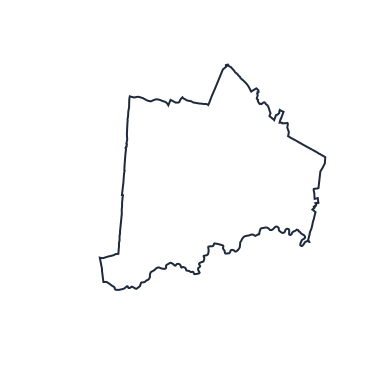 the district of Costuleni, Iasi, Romania, rotated 141°
{"feature_id": "2599482B11377043097002", "entity_name": "Costuleni", "entity_type": "district", "adm_level": 2, "iso_a3": "ROU", "parent_name": "Romania", "parent_adm1": "Iasi", "projection": "albers", "projection_center": [27.868, 47.006], "detail": "fine", "context": "isolated", "style": "outline", "palette": "slate", "viewbox_px": 384, "rotation_deg": 141, "n_neighbors": 0, "source": "geoboundaries", "source_scale": "gbopen_adm2", "svg_char_len": 5973}
<svg xmlns="http://www.w3.org/2000/svg" viewBox="0 0 384 384"><g transform="rotate(141 192 192)"><path d="M317.5,177.8L315.1,176.0L314.6,174.8L313.6,171.5L313.4,170.2L312.4,167.6L312.3,167.0L312.3,166.4L312.9,165.3L313.0,165.0L313.0,164.6L312.6,163.9L312.1,163.3L310.5,162.0L307.2,160.3L305.7,159.8L304.7,159.6L301.9,159.7L301.7,159.6L301.4,159.0L301.7,158.1L301.7,157.5L301.6,157.2L301.0,156.7L300.4,156.5L299.4,156.4L298.6,156.5L298.3,156.3L297.7,155.2L296.7,152.5L296.3,151.9L295.8,151.7L291.5,151.6L290.4,152.6L289.7,152.8L288.8,153.5L288.6,153.5L288.1,153.4L286.1,152.1L285.2,151.8L282.9,151.9L281.2,151.4L280.3,151.5L278.6,152.1L277.7,153.0L276.7,154.3L274.8,155.5L274.1,155.6L270.8,155.0L267.8,155.2L266.3,154.9L265.3,154.3L263.8,151.7L261.9,149.7L261.2,149.3L260.5,149.2L259.8,149.4L258.7,150.9L257.8,151.3L254.1,150.8L253.2,150.5L252.9,150.1L252.1,148.2L251.9,147.6L251.9,146.3L251.5,145.4L251.0,145.1L250.1,145.5L249.0,145.5L248.1,145.0L247.4,144.2L247.2,143.8L247.1,142.9L247.2,141.8L247.8,140.6L247.8,140.2L247.5,139.8L246.6,139.5L246.0,139.2L245.4,138.2L245.1,137.5L245.0,137.0L245.1,136.2L245.6,135.2L245.7,134.5L244.0,132.5L243.4,130.8L243.1,130.4L241.6,129.5L241.4,128.9L241.9,127.0L241.6,126.4L238.4,124.6L237.5,124.3L236.8,124.6L236.4,127.0L236.2,127.7L236.0,128.1L235.1,128.9L233.2,128.9L232.4,129.2L232.2,129.6L232.0,131.3L231.9,131.6L231.6,131.8L230.6,132.0L228.9,131.6L227.7,131.0L226.7,130.9L224.5,132.3L224.0,133.0L223.5,134.6L223.0,135.0L222.7,134.9L220.6,133.7L219.7,133.5L218.7,133.6L217.1,134.8L215.6,136.4L214.3,138.7L213.9,139.1L213.6,139.2L212.4,138.6L210.4,137.1L209.8,136.8L208.6,137.1L207.5,137.9L206.9,137.9L204.9,135.7L202.5,132.4L201.6,130.9L201.6,130.5L202.0,129.8L203.0,129.2L203.4,128.7L203.6,127.9L203.6,126.0L204.7,124.0L204.8,123.4L204.7,123.1L203.7,122.3L201.8,121.1L200.5,121.2L199.7,121.6L198.9,122.2L198.4,122.3L197.3,121.9L196.2,120.4L196.0,118.7L195.6,118.3L194.9,117.9L192.1,118.1L190.1,118.8L189.5,119.1L186.2,122.5L185.6,122.8L184.3,123.1L182.8,123.9L180.4,124.5L179.4,124.5L177.2,123.6L175.3,122.5L172.9,121.7L171.8,120.9L171.1,120.0L170.5,118.1L167.5,117.4L167.1,117.5L166.5,116.9L166.1,117.1L164.5,118.6L161.7,120.3L160.8,120.1L159.3,119.2L157.8,118.5L156.8,117.8L156.1,117.1L155.5,115.7L155.3,114.6L155.3,113.4L154.4,112.5L153.4,112.2L152.5,112.1L149.4,112.5L148.7,112.3L148.0,111.9L147.6,111.4L147.4,110.8L147.3,109.3L148.3,108.0L148.5,107.5L148.6,106.9L147.9,104.1L147.5,103.4L147.1,103.0L146.2,102.6L145.6,102.5L144.9,102.7L143.3,103.7L142.4,103.9L141.3,103.6L140.5,102.9L140.3,101.9L140.6,101.0L143.1,98.1L143.1,97.4L142.9,97.0L142.5,96.6L141.3,96.6L139.8,97.3L138.8,97.5L137.9,97.4L136.9,97.0L135.3,96.8L134.2,96.8L133.5,95.5L133.6,94.8L133.9,94.3L133.5,93.9L133.3,93.1L133.3,91.3L133.1,90.5L132.1,87.8L132.2,86.6L132.4,86.0L132.9,85.4L133.3,85.2L135.0,85.2L136.3,85.5L137.3,85.3L140.2,83.7L141.3,82.6L141.3,82.1L140.8,81.0L140.1,80.7L138.3,81.0L136.2,81.8L135.6,81.9L133.7,81.5L132.8,81.0L132.4,80.2L132.3,79.5L132.4,78.9L132.7,78.5L132.4,78.8L132.2,79.5L132.1,80.9L132.1,81.5L127.6,84.8L126.5,85.9L125.8,86.2L125.1,86.9L122.7,88.1L119.0,90.8L118.4,91.4L116.4,93.0L114.5,94.2L110.4,97.4L109.0,98.3L108.7,98.6L109.1,101.2L109.5,102.6L106.8,102.7L106.8,103.7L106.7,103.9L105.9,103.9L105.4,103.5L105.0,103.9L104.9,103.9L104.6,103.4L104.3,103.4L103.9,103.9L103.5,104.0L103.1,104.6L102.9,104.6L103.0,105.6L102.2,105.2L102.1,104.9L101.5,104.8L100.9,104.0L100.5,104.0L100.4,104.4L98.1,108.1L99.3,108.6L101.0,109.5L99.6,111.6L98.1,113.5L97.3,114.9L96.5,116.5L96.0,117.3L95.5,117.7L94.7,117.4L92.7,116.0L91.2,115.5L79.3,127.2L75.6,128.5L70.8,130.6L66.5,135.2L68.7,141.0L69.5,142.6L69.6,143.5L75.8,158.6L79.3,167.6L81.1,171.8L82.2,175.0L80.7,176.0L80.1,176.8L78.9,177.7L78.5,179.1L77.4,182.1L74.7,184.5L74.4,185.6L75.6,186.3L78.4,188.3L78.6,188.5L78.4,189.0L79.3,190.0L80.3,190.7L79.3,191.6L76.8,193.2L76.6,193.0L70.4,196.7L71.6,198.9L72.1,200.5L73.4,199.7L74.5,198.5L76.9,198.3L78.3,198.9L82.9,196.2L82.9,197.2L83.3,198.5L83.6,200.5L84.1,201.9L84.0,202.3L83.7,202.5L81.7,203.6L81.3,204.1L81.0,205.2L79.5,208.9L78.9,210.8L78.9,211.6L78.9,212.3L79.2,213.3L79.3,214.0L79.1,214.6L79.1,215.4L79.3,216.1L80.2,216.6L82.8,216.6L83.3,217.6L84.0,217.9L84.0,218.9L83.7,221.1L82.7,222.0L82.7,222.3L83.0,223.2L82.9,223.9L80.2,225.7L79.7,226.6L79.5,227.4L79.2,227.6L78.1,227.6L78.1,228.1L77.5,227.8L77.3,227.9L76.8,228.5L76.4,229.4L76.6,230.3L76.7,232.0L76.9,232.1L82.8,232.8L81.7,238.3L81.6,239.1L81.5,242.0L82.0,246.9L82.4,248.2L82.5,249.8L82.6,250.1L82.3,251.3L82.6,253.6L82.5,254.9L83.1,257.8L82.9,260.0L83.1,262.4L83.1,263.6L83.3,265.0L84.0,266.3L84.1,267.0L83.9,267.9L83.9,268.4L84.7,268.4L85.1,269.1L85.8,269.3L86.1,268.9L86.1,267.9L90.9,267.8L109.2,257.8L116.3,254.1L123.1,250.1L124.7,249.4L124.9,250.4L125.7,251.6L127.4,252.9L128.7,254.4L131.0,256.5L131.4,257.2L132.4,258.1L133.6,259.7L134.2,260.1L134.8,261.1L135.6,263.2L137.6,265.4L138.5,266.9L139.1,268.7L139.9,270.4L139.8,271.6L141.7,271.4L142.8,271.1L145.3,269.9L146.5,270.2L148.4,271.7L150.7,277.1L155.8,274.3L155.6,275.7L155.7,277.7L156.0,278.8L157.7,281.3L158.8,283.5L160.0,285.1L161.2,286.3L162.3,287.0L167.0,288.4L168.8,290.6L169.7,292.4L171.1,295.9L173.5,299.4L174.2,300.1L175.4,300.8L177.5,301.8L178.1,302.8L178.7,303.3L180.1,305.5L181.6,304.3L183.8,301.9L187.7,297.3L191.0,294.5L193.0,292.2L195.1,290.1L196.3,289.2L197.2,287.8L198.1,287.0L206.3,277.8L209.3,273.6L212.5,270.9L212.3,270.6L212.6,270.0L213.3,269.5L214.2,268.5L214.6,268.8L216.0,268.0L215.9,267.3L220.6,262.6L227.4,255.4L231.0,251.4L230.9,251.0L233.3,249.0L239.3,242.6L248.4,233.7L247.7,232.9L249.0,231.8L252.7,228.1L255.6,224.6L258.1,222.1L259.0,220.8L260.6,218.9L272.8,206.6L273.1,206.3L273.4,205.8L274.5,204.6L275.8,203.6L278.0,201.0L278.4,200.3L281.3,197.9L282.1,196.7L282.6,196.2L283.4,195.2L284.2,194.5L288.1,190.3L290.7,191.9L292.6,192.2L295.6,193.5L297.2,194.4L302.8,196.6L304.0,197.8L305.0,199.0L310.4,188.8L311.6,187.3L317.5,177.8Z" fill="none" stroke="#1e293b" stroke-width="2"/></g></svg>